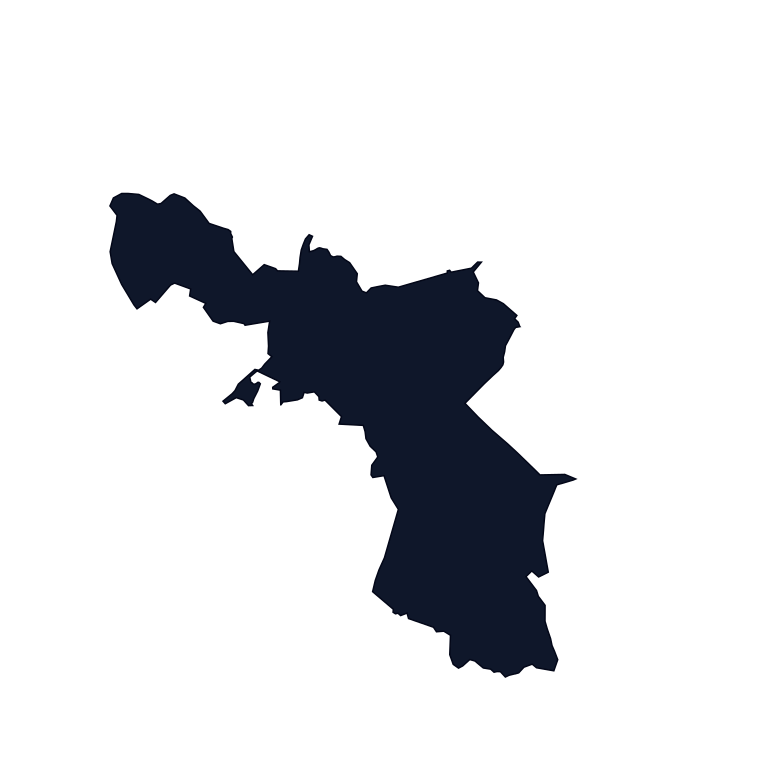 the district of Al Manaqil, Gezira, Sudan, rotated 315°
{"feature_id": "16777658B54371162299186", "entity_name": "Al Manaqil", "entity_type": "district", "adm_level": 2, "iso_a3": "SDN", "parent_name": "Sudan", "parent_adm1": "Gezira", "projection": "orthographic", "projection_center": [32.93, 14.177], "detail": "fine", "context": "isolated", "style": "filled", "palette": "ink", "viewbox_px": 768, "rotation_deg": 315, "n_neighbors": 0, "source": "geoboundaries", "source_scale": "gbopen_adm2", "svg_char_len": 3458}
<svg xmlns="http://www.w3.org/2000/svg" viewBox="0 0 768 768"><g transform="rotate(315 384 384)"><path d="M271.8,681.7L275.0,683.5L282.7,683.2L290.7,686.9L291.2,692.5L301.3,706.9L311.9,701.8L315.6,693.5L317.9,687.7L321.7,681.9L326.2,672.7L330.1,665.6L341.4,654.4L343.0,643.2L345.8,637.9L348.2,620.6L356.3,620.7L356.9,629.8L367.1,633.2L367.9,632.1L372.4,625.6L378.2,617.3L381.3,612.8L383.2,610.1L385.3,607.0L389.8,603.2L392.9,600.6L398.6,595.7L401.0,593.7L403.4,591.7L404.0,591.2L406.0,589.5L409.6,588.0L413.9,586.2L423.9,582.1L429.9,579.6L430.3,579.4L431.7,578.8L434.9,577.5L437.3,578.8L438.7,579.6L439.0,579.8L445.1,583.1L446.6,583.9L449.0,585.2L449.7,585.6L452.4,586.7L447.9,575.8L430.0,558.6L430.0,552.2L429.6,527.0L429.1,514.0L427.6,493.1L427.2,473.6L427.6,454.9L455.1,454.7L467.2,455.0L474.4,455.4L478.3,455.1L481.6,454.5L484.1,453.0L487.2,449.4L492.1,446.5L497.0,442.8L500.7,441.7L507.5,439.6L514.4,437.4L517.1,437.1L520.6,439.5L520.6,439.4L521.5,437.5L522.6,435.1L522.5,430.2L526.4,429.5L525.2,411.6L523.0,404.1L516.4,394.4L516.1,384.1L522.3,379.3L526.3,367.9L539.0,366.7L536.4,364.0L527.7,363.9L521.1,359.5L514.7,355.2L510.6,352.5L510.8,350.0L508.7,348.8L507.2,350.3L462.6,325.7L454.7,315.0L448.4,310.7L442.8,307.0L436.0,307.1L434.1,302.8L436.8,292.3L443.1,287.1L445.5,273.9L444.2,268.2L443.8,263.3L441.2,260.4L439.2,259.3L437.8,258.1L437.0,255.4L438.3,251.7L438.9,248.5L436.4,245.2L435.4,243.1L434.5,241.9L432.8,241.1L431.3,240.8L428.7,240.0L426.7,238.9L424.8,237.7L429.3,232.5L437.9,229.0L436.6,225.5L431.0,225.9L425.8,228.1L420.3,230.7L414.1,235.2L409.3,239.2L403.2,243.7L388.7,228.7L388.9,225.8L383.7,214.9L368.4,213.9L371.5,184.2L379.2,173.6L380.7,172.9L381.5,170.6L382.0,169.2L383.5,167.7L383.0,164.6L380.6,160.3L373.9,146.8L376.2,131.8L375.2,123.1L374.7,111.7L370.0,101.1L366.2,99.5L354.0,98.7L351.0,96.7L349.5,90.7L348.5,87.5L344.7,76.6L337.9,68.5L333.2,63.8L324.2,61.1L316.1,64.3L314.5,76.0L309.6,79.9L283.9,96.8L276.9,106.6L268.9,128.1L263.1,151.3L262.5,156.2L279.0,159.0L280.1,164.8L303.0,163.1L307.3,164.6L314.5,180.1L308.8,184.3L315.0,201.0L310.5,202.1L307.6,218.7L310.9,225.7L317.7,229.2L322.0,233.3L327.7,242.3L327.3,244.2L347.6,258.7L338.3,265.5L329.1,275.6L323.5,280.5L324.0,285.4L313.8,285.6L308.6,286.3L305.1,285.6L303.0,282.4L280.9,281.1L274.0,283.3L269.8,283.5L258.0,282.3L257.8,285.7L269.9,289.2L273.3,295.9L272.9,303.5L275.9,306.3L276.3,304.1L277.7,304.1L278.2,304.0L281.5,302.3L289.8,299.6L296.7,296.4L296.7,294.4L295.9,293.6L293.7,293.3L291.7,292.2L291.5,290.8L291.5,290.6L291.5,290.1L291.5,289.8L291.5,289.6L291.1,288.7L293.9,284.2L301.7,284.8L303.6,285.2L311.9,308.8L311.0,309.0L310.0,308.8L308.1,308.5L305.1,308.0L303.9,307.8L303.3,307.7L303.0,307.6L301.9,308.8L306.4,315.1L296.3,325.7L296.4,325.8L300.0,325.3L302.6,327.5L311.6,334.0L316.6,336.0L321.6,333.4L323.3,336.1L329.2,340.3L329.0,346.9L326.8,349.5L328.2,352.2L330.9,353.7L330.9,377.0L323.9,380.6L340.1,398.6L336.9,404.4L332.6,409.9L330.2,418.3L330.4,426.4L328.0,431.2L317.9,432.8L310.6,439.1L310.0,442.2L319.2,448.8L308.6,469.6L305.5,482.8L261.4,507.2L249.0,511.9L239.0,516.7L229.1,522.8L231.3,549.9L229.0,551.8L229.6,554.6L231.8,556.0L232.0,559.5L238.3,562.3L235.5,567.2L247.0,591.0L245.9,596.3L251.5,601.1L253.3,608.7L239.1,621.9L234.7,631.2L235.8,637.6L240.3,639.0L249.8,639.5L252.4,644.1L253.4,655.0L257.8,661.1L258.0,665.6L260.5,667.2L262.9,669.7L262.6,677.0L266.5,678.4L271.8,681.6L271.8,681.7Z" fill="#0f172a" stroke="#020617" stroke-width="1.5"/></g></svg>